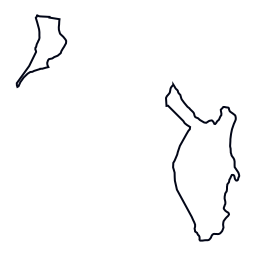 the district of Miri, Sarawak, Malaysia
{"feature_id": "92858781B82463401188704", "entity_name": "Miri", "entity_type": "district", "adm_level": 2, "iso_a3": "MYS", "parent_name": "Malaysia", "parent_adm1": "Sarawak", "projection": "natural_earth1", "projection_center": [115.075, 3.792], "detail": "fine", "context": "isolated", "style": "outline", "palette": "ink", "viewbox_px": 256, "rotation_deg": 0, "n_neighbors": 0, "source": "geoboundaries", "source_scale": "gbopen_adm2", "svg_char_len": 3543}
<svg xmlns="http://www.w3.org/2000/svg" viewBox="0 0 256 256"><path d="M223.3,107.0L223.2,107.1L223.0,107.4L222.6,107.9L220.8,109.7L220.9,110.9L221.4,113.5L221.3,115.2L220.4,116.4L218.9,119.8L217.8,120.7L217.0,121.5L216.3,122.8L215.2,124.0L214.4,123.9L214.0,123.1L213.3,121.8L212.5,120.9L211.8,120.4L209.9,120.7L208.6,121.2L207.7,121.9L206.2,122.8L204.2,122.5L201.1,120.7L199.8,119.9L198.1,118.3L197.1,117.9L195.7,117.3L195.0,116.7L194.5,115.5L194.1,113.9L193.6,112.7L192.9,111.9L190.3,109.4L189.3,108.2L187.6,106.9L186.5,105.6L185.6,104.5L184.2,102.8L181.7,99.4L181.2,98.1L180.7,96.3L180.3,94.9L179.3,93.9L178.6,93.1L178.1,92.1L177.8,90.9L177.4,90.2L175.9,88.8L175.3,88.0L174.9,87.2L173.3,84.6L173.3,84.8L172.3,85.9L171.0,87.5L170.5,88.8L170.2,90.6L169.8,92.6L168.9,93.9L167.6,95.4L166.8,96.3L166.0,98.0L166.5,105.9L168.0,105.7L183.3,121.0L184.7,123.2L186.8,124.9L190.1,127.0L189.8,129.3L188.5,130.7L186.6,133.9L179.9,145.9L177.8,152.1L177.2,154.6L174.6,160.7L173.3,162.9L173.1,167.4L173.7,169.4L174.6,172.6L174.7,177.2L174.9,180.7L176.3,186.9L176.9,189.6L186.7,207.6L191.7,216.8L193.3,220.4L194.2,222.2L195.1,224.6L195.1,226.6L194.6,228.6L195.1,230.9L195.1,231.5L197.1,232.9L197.6,234.1L198.1,235.0L198.8,235.5L199.4,236.6L199.6,238.1L199.5,239.7L200.2,240.6L201.6,240.6L202.5,240.6L204.5,240.3L205.8,240.2L206.8,240.2L207.8,240.2L208.6,240.0L209.3,239.6L210.3,238.5L211.0,237.5L211.4,236.3L212.4,234.7L213.5,234.0L214.5,233.9L215.4,234.0L216.6,234.0L217.7,234.1L218.7,234.0L219.5,233.7L220.3,233.2L221.5,231.9L222.2,231.0L222.6,230.0L223.5,227.6L223.3,226.2L223.1,224.6L223.3,222.7L223.6,221.2L224.5,219.9L225.7,218.3L226.7,217.2L228.1,215.9L229.0,214.5L228.8,213.5L228.3,212.7L226.6,211.7L225.3,210.7L224.5,209.7L223.8,208.7L223.9,207.4L224.4,206.3L224.7,205.2L225.2,204.3L225.4,203.0L225.3,201.5L224.6,198.6L224.7,196.3L225.0,195.0L225.2,193.6L225.7,192.7L226.0,192.2L226.6,191.5L226.8,190.5L227.0,189.0L227.0,187.8L227.0,186.7L227.2,185.8L227.3,184.4L227.9,183.6L228.9,182.3L229.3,180.6L229.4,179.6L230.0,178.8L230.3,178.2L230.7,177.2L231.2,176.2L231.8,175.0L232.9,174.9L233.6,175.1L234.3,176.0L234.6,177.3L234.8,178.4L235.1,179.2L236.0,180.4L236.9,180.6L237.8,180.0L238.1,179.3L238.3,178.1L238.6,177.2L239.1,176.6L239.2,175.4L238.9,174.2L238.3,172.5L237.1,170.7L235.7,168.6L234.7,167.2L234.6,165.5L234.6,163.0L234.6,161.6L234.2,159.5L233.4,158.0L232.2,156.4L231.6,155.5L231.3,154.2L230.8,152.7L230.6,148.5L230.3,147.3L230.1,146.1L230.4,140.8L230.4,139.2L230.6,137.6L230.8,135.9L231.1,133.7L232.0,129.3L233.9,123.8L234.6,122.3L235.5,120.2L235.8,119.0L235.7,117.3L235.4,115.9L234.7,114.9L233.8,114.3L232.7,113.4L231.5,112.6L230.8,112.1L229.8,111.3L229.0,109.3L228.9,108.3L228.4,107.7L227.3,107.5L225.8,107.3L224.7,107.0L223.3,107.0ZM48.4,67.1L47.4,64.9L47.2,62.9L48.0,60.4L48.9,59.2L49.6,59.0L52.1,58.5L53.1,57.9L54.2,57.1L57.7,55.7L60.7,53.2L61.4,51.1L63.0,48.4L64.2,46.6L64.7,45.6L66.0,43.3L66.2,41.0L65.6,39.7L64.5,38.3L63.3,36.8L60.3,34.0L59.9,33.3L58.9,29.8L58.8,27.2L59.1,24.4L59.2,22.3L59.3,20.8L59.5,19.2L49.4,17.6L49.5,16.9L40.2,16.4L38.9,16.2L38.3,15.9L37.4,15.4L37.0,15.5L36.9,16.5L36.7,16.8L36.2,17.2L35.8,17.8L36.0,18.5L37.2,22.4L38.6,27.5L39.1,29.5L39.4,32.1L39.4,34.1L39.4,36.0L39.5,37.4L39.3,38.8L38.9,39.9L38.3,40.9L37.8,42.2L37.2,43.3L36.7,44.4L36.4,45.7L36.1,47.0L35.5,47.6L35.3,49.2L36.0,51.2L36.1,51.9L29.2,66.0L16.8,83.2L16.9,85.4L17.4,86.9L18.5,86.3L20.4,82.1L23.7,77.5L27.6,73.7L30.3,72.0L32.4,71.8L34.1,70.9L40.1,69.0L40.2,68.8L42.4,68.7L46.2,67.6L48.4,67.1Z" fill="none" stroke="#020617" stroke-width="2"/></svg>